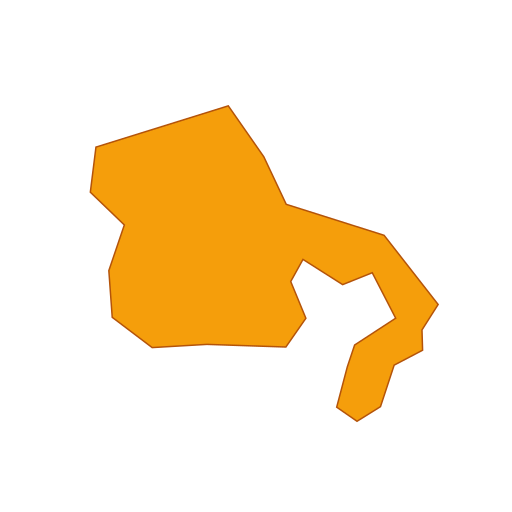 Makati, orthographic projection, rotated 24°
{"feature_id": "PHL-5553", "entity_name": "Makati", "entity_type": "Highly Urbanized City", "adm_level": 1, "iso_a3": "PHL", "parent_name": "Philippines", "parent_adm1": "", "projection": "orthographic", "projection_center": [121.053, 14.551], "detail": "fine", "context": "isolated", "style": "filled", "palette": "amber", "viewbox_px": 512, "rotation_deg": 24, "n_neighbors": 0, "source": "natural_earth", "source_scale": "10m", "svg_char_len": 504}
<svg xmlns="http://www.w3.org/2000/svg" viewBox="0 0 512 512"><g transform="rotate(24 256 256)"><path d="M415.5,365.9L391.2,361.3L384.5,320.1L382.3,297.2L408.9,256.0L369.0,224.0L346.8,246.9L300.3,240.0L298.1,265.2L326.9,292.6L320.3,327.0L247.1,356.7L198.4,381.9L149.6,370.5L127.5,329.2L123.1,281.2L78.7,265.1L65.5,221.6L169.6,130.1L222.8,162.2L262.6,196.5L364.6,185.0L442.1,226.2L437.7,256.0L446.5,274.3L426.6,299.5L431.0,343.0L415.5,365.9Z" fill="#f59e0b" stroke="#b45309" stroke-width="1.5"/></g></svg>